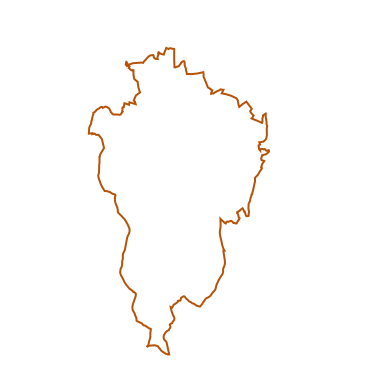 Raciu, Mures, Romania (Robinson projection), rotated 250°
{"feature_id": "2599482B26505266969931", "entity_name": "Raciu", "entity_type": "district", "adm_level": 2, "iso_a3": "ROU", "parent_name": "Romania", "parent_adm1": "Mures", "projection": "robinson", "projection_center": [24.372, 46.712], "detail": "fine", "context": "isolated", "style": "outline", "palette": "amber", "viewbox_px": 384, "rotation_deg": 250, "n_neighbors": 0, "source": "geoboundaries", "source_scale": "gbopen_adm2", "svg_char_len": 6023}
<svg xmlns="http://www.w3.org/2000/svg" viewBox="0 0 384 384"><g transform="rotate(250 192 192)"><path d="M277.3,256.5L277.7,255.5L278.7,253.9L278.7,253.7L278.3,252.9L278.1,249.5L277.4,246.5L277.5,245.8L277.3,245.6L277.7,244.8L277.7,243.6L278.3,243.8L280.1,245.3L280.1,245.5L280.6,245.8L282.2,244.5L282.5,244.7L284.8,242.7L293.4,242.5L296.0,242.2L298.1,243.0L300.7,243.6L301.5,237.8L302.6,233.0L303.3,230.8L303.5,230.6L304.7,227.5L306.9,228.0L308.1,227.8L309.6,228.4L313.7,228.5L316.8,229.5L317.5,229.3L317.8,229.1L317.9,228.7L317.7,227.0L317.3,226.4L317.2,225.9L316.5,225.4L315.8,224.0L314.8,222.8L314.9,222.4L314.7,221.8L314.7,221.0L315.0,220.5L315.0,220.3L314.7,219.3L314.7,219.1L315.2,218.6L315.3,218.2L323.8,221.0L332.4,224.2L332.7,224.0L333.0,223.3L333.1,222.8L334.2,221.4L334.6,220.6L334.7,219.8L334.3,218.9L336.2,217.1L332.4,213.7L330.8,212.5L332.0,210.5L333.8,208.9L334.8,208.5L334.7,208.2L334.1,208.0L333.6,207.4L332.5,207.5L331.3,206.2L329.5,205.2L328.7,205.2L329.5,203.3L330.8,202.4L331.8,202.2L333.6,202.6L334.0,202.3L334.6,199.7L334.3,197.9L333.3,195.7L332.1,193.7L331.3,191.9L330.5,190.7L330.1,190.3L330.9,188.7L331.5,186.7L333.2,180.6L333.3,175.3L336.6,175.0L336.8,174.8L334.4,173.3L332.5,174.0L332.7,175.0L331.7,175.6L331.2,176.2L330.1,175.0L327.2,176.5L326.8,178.1L326.6,178.5L325.8,178.0L325.5,178.3L321.8,177.0L317.9,176.4L313.9,178.7L313.0,178.3L308.4,177.4L304.7,177.2L303.4,177.3L302.2,173.5L302.2,172.9L301.8,172.3L300.3,170.7L297.7,168.5L296.7,169.0L296.5,169.3L293.8,169.1L297.7,163.9L295.5,162.7L298.5,158.9L295.0,156.8L295.3,156.1L295.1,155.6L294.0,155.0L293.5,155.0L291.6,154.0L291.2,154.3L290.6,153.5L290.4,152.9L289.3,151.6L289.2,151.0L289.3,150.4L290.8,147.3L291.4,145.2L291.9,144.5L292.8,143.9L294.8,143.1L298.8,142.8L300.8,141.2L301.8,140.1L301.8,139.5L301.6,136.9L302.3,136.8L302.8,136.4L303.0,135.5L302.7,134.1L302.3,133.2L302.1,131.7L301.9,131.5L301.9,130.4L300.7,128.8L300.1,126.3L299.6,126.3L298.9,126.0L297.2,124.5L293.7,122.4L292.8,121.5L291.0,120.8L289.7,119.5L289.2,118.8L288.5,118.3L287.6,117.4L282.1,115.1L281.4,118.2L280.5,118.0L280.5,119.5L280.2,119.5L280.0,120.6L278.5,121.4L277.6,123.8L272.6,125.4L264.5,124.5L263.4,124.4L259.2,119.2L258.0,118.1L255.9,116.9L256.0,116.8L254.9,116.5L251.2,115.1L248.2,113.6L246.5,113.1L245.0,112.4L243.6,111.9L241.5,110.9L240.0,109.8L239.5,109.5L237.6,109.1L235.5,109.0L230.1,109.0L226.6,109.5L222.8,110.3L222.4,111.4L220.6,114.1L219.7,115.1L217.5,116.7L216.0,118.8L215.7,118.9L214.6,118.8L214.4,118.4L212.9,117.5L209.4,116.5L206.9,116.3L203.4,116.5L200.9,116.2L199.3,115.6L197.8,115.6L197.3,115.8L194.2,117.3L189.0,119.5L183.8,120.4L179.2,120.7L177.4,120.3L176.2,119.8L174.6,118.7L172.5,116.5L171.2,115.4L160.5,109.1L157.5,106.0L155.3,105.0L153.0,104.2L150.5,102.5L148.4,101.9L147.8,101.5L146.3,100.7L144.8,99.4L144.2,98.6L141.2,97.1L140.1,96.8L137.9,96.8L134.4,97.4L130.6,97.7L127.3,98.5L122.9,100.0L118.5,102.9L118.3,102.7L116.3,104.3L115.6,104.4L113.9,103.8L113.2,103.3L107.8,98.9L105.7,97.4L104.0,96.5L101.3,95.9L97.1,96.6L95.6,96.3L94.6,96.6L93.1,96.5L92.9,96.7L89.9,95.9L89.2,96.4L85.6,100.0L83.3,100.8L82.7,102.0L81.9,102.7L78.5,105.1L77.9,105.9L77.2,106.5L73.7,104.6L72.2,104.1L70.4,103.3L70.2,103.4L69.4,102.9L66.3,100.6L63.4,98.8L61.7,96.4L62.0,97.2L62.2,99.0L61.9,100.5L61.3,102.4L60.9,104.2L60.1,105.5L58.5,107.3L57.0,107.6L56.0,108.1L53.7,108.7L52.1,109.6L48.7,112.3L47.4,114.1L47.2,115.0L59.5,116.7L61.1,116.2L62.7,115.4L64.1,115.4L66.0,115.9L67.1,116.7L69.0,119.0L69.9,120.9L70.1,123.0L71.0,123.8L72.0,125.2L72.6,125.6L73.0,125.7L75.1,125.8L75.6,127.3L75.5,128.5L76.0,129.0L76.5,129.3L78.0,131.6L78.3,131.8L79.0,132.2L80.4,132.4L84.0,132.0L87.5,132.1L91.2,132.6L90.1,133.7L91.0,134.9L92.1,135.9L92.4,136.5L93.1,140.0L93.9,141.3L94.5,141.5L94.5,142.0L94.0,143.5L94.0,144.1L96.3,145.5L96.8,148.3L96.8,148.7L96.2,149.4L93.7,150.1L92.5,150.9L90.2,151.9L88.6,153.5L87.2,154.2L86.5,155.5L83.8,157.3L82.6,158.8L81.6,160.4L81.8,160.9L82.5,162.0L87.1,168.5L87.3,169.0L87.5,171.6L87.9,173.1L88.2,173.8L90.1,176.5L92.1,180.2L92.8,180.9L96.1,183.1L99.9,186.7L103.4,191.0L104.3,192.4L105.1,193.1L106.1,193.8L109.4,195.1L111.2,196.9L113.5,198.5L116.7,199.5L125.3,201.2L126.0,201.4L125.7,202.5L128.3,202.1L131.5,202.2L136.0,202.9L139.9,203.3L143.6,204.0L145.6,204.7L148.9,206.6L151.4,207.7L157.1,209.5L155.9,210.0L153.4,211.4L151.8,212.1L150.9,212.9L152.0,213.9L152.0,215.6L151.5,216.2L151.6,216.6L151.5,219.0L150.0,220.0L149.3,220.1L148.6,220.5L148.4,221.4L147.8,221.9L147.2,222.9L147.3,223.3L148.0,223.9L148.8,225.1L149.1,225.2L150.1,226.9L150.4,227.0L151.1,227.8L152.4,227.2L154.4,227.6L155.4,227.6L156.6,227.2L156.7,227.6L157.6,227.7L157.6,228.6L157.9,228.9L158.0,230.1L158.2,230.8L158.6,231.2L159.4,234.0L158.9,234.2L155.7,234.3L155.4,234.4L155.4,234.8L151.3,234.6L150.7,235.0L150.4,235.4L150.2,236.8L150.3,237.1L150.8,237.4L152.0,237.6L153.5,238.7L157.3,239.4L161.1,241.0L161.9,241.5L163.7,243.4L166.2,244.8L167.5,246.0L169.3,247.1L169.3,247.6L169.6,248.0L170.5,248.3L172.6,249.9L176.6,252.4L180.3,254.8L182.5,255.6L183.7,255.9L185.7,259.9L187.9,262.5L190.1,265.6L191.0,265.9L191.4,265.4L193.0,266.5L194.4,267.7L196.4,270.5L198.1,268.4L198.4,268.2L199.8,268.5L202.7,270.7L202.4,271.2L202.3,273.4L202.2,273.8L202.2,274.6L202.8,276.5L203.1,276.8L203.6,278.1L203.8,278.3L204.1,278.4L205.0,278.4L205.3,276.2L205.8,275.6L207.0,275.4L207.5,274.7L207.6,273.8L208.2,273.3L208.6,272.5L208.8,271.5L208.7,271.0L208.5,270.6L207.6,270.3L209.2,269.7L210.2,269.8L211.8,270.3L212.9,270.4L213.1,270.5L213.3,272.2L215.7,272.2L215.0,275.7L215.1,276.9L216.1,279.2L217.6,280.6L220.1,281.9L226.3,284.0L228.3,285.2L230.1,285.2L232.0,285.9L237.9,287.1L239.8,287.7L240.1,288.1L240.5,288.1L239.7,284.9L238.8,284.6L237.0,283.3L234.7,282.5L234.3,282.5L233.0,281.4L237.0,277.3L240.6,273.2L240.8,273.1L241.2,274.2L242.7,276.0L243.0,275.9L243.7,275.5L246.8,274.4L248.1,274.3L249.7,276.6L258.3,274.0L257.2,269.3L255.8,265.5L257.6,265.5L262.5,266.4L264.9,265.8L269.2,261.5L272.2,257.5L274.5,253.7L277.3,256.5Z" fill="none" stroke="#b45309" stroke-width="2"/></g></svg>